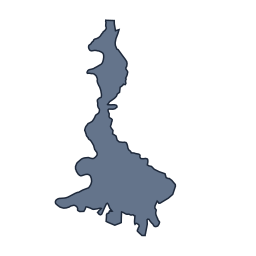 Kum Hamada, Al Buhayrah, Egypt, rotated 199°
{"feature_id": "37247803B37481118609375", "entity_name": "Kum Hamada", "entity_type": "district", "adm_level": 2, "iso_a3": "EGY", "parent_name": "Egypt", "parent_adm1": "Al Buhayrah", "projection": "albers", "projection_center": [30.747, 30.655], "detail": "fine", "context": "isolated", "style": "filled", "palette": "slate", "viewbox_px": 256, "rotation_deg": 199, "n_neighbors": 0, "source": "geoboundaries", "source_scale": "gbopen_adm2", "svg_char_len": 5852}
<svg xmlns="http://www.w3.org/2000/svg" viewBox="0 0 256 256"><g transform="rotate(199 128 128)"><path d="M97.7,99.4L98.1,102.0L98.4,103.1L99.0,104.4L99.6,105.0L101.3,105.0L103.6,103.9L105.8,103.3L106.5,103.6L107.0,104.1L107.5,104.9L107.7,106.0L108.2,106.5L109.3,106.8L112.7,106.3L114.2,106.3L116.9,105.6L117.5,106.4L118.3,106.9L120.2,107.6L121.5,108.9L122.8,111.2L124.1,112.9L125.1,113.6L126.9,113.4L128.0,112.8L131.8,112.0L134.3,113.0L136.7,116.5L140.7,117.5L141.4,120.8L143.2,122.0L144.5,123.0L145.0,123.7L145.2,124.0L145.1,126.1L145.5,128.8L145.3,129.4L145.5,130.1L145.7,130.8L146.8,131.4L148.1,131.5L149.3,132.2L149.7,132.7L150.4,135.4L151.9,136.9L152.6,138.1L152.7,139.0L152.2,139.7L148.3,140.9L146.6,142.0L145.2,144.3L145.9,145.4L146.6,145.7L147.9,145.6L148.7,145.5L150.1,145.0L150.6,144.8L151.4,144.4L154.5,143.5L155.7,143.5L154.8,143.7L154.0,146.9L152.5,148.8L150.4,151.8L149.3,154.2L149.2,156.7L147.6,159.0L148.7,164.0L147.7,165.3L146.7,167.1L146.6,167.9L144.8,168.1L144.5,169.4L145.7,171.7L145.7,173.7L146.5,174.4L146.2,176.1L146.1,178.2L146.3,179.2L146.4,180.5L146.8,181.3L149.2,183.1L149.7,184.6L149.3,185.6L149.5,187.0L149.9,188.7L150.8,190.3L153.2,192.2L156.6,194.5L162.9,198.9L164.3,199.0L165.8,200.8L166.8,201.9L167.9,204.4L168.5,208.5L168.3,214.3L168.4,215.9L168.5,218.1L171.5,215.9L174.8,221.9L176.0,225.1L183.5,222.8L184.1,222.7L183.9,222.0L183.7,221.2L183.0,220.4L182.9,219.2L182.6,218.3L182.4,217.6L182.3,217.1L181.9,216.8L181.0,215.4L181.1,214.2L181.6,212.6L182.1,211.8L182.6,211.2L182.8,210.8L182.8,209.8L183.1,209.4L183.4,208.6L183.6,207.9L183.8,207.3L183.9,206.6L184.1,205.9L184.5,205.1L184.8,204.6L185.5,203.5L186.0,203.2L186.3,202.8L186.8,202.3L188.3,201.3L189.0,200.4L189.1,199.9L189.1,199.3L189.1,198.9L189.2,198.7L189.6,198.1L190.1,197.2L190.3,196.6L190.3,196.0L190.7,195.2L191.2,194.4L191.7,193.8L191.9,193.0L191.7,191.8L191.2,190.8L190.2,189.7L189.5,189.2L188.9,189.0L188.0,189.0L187.5,189.1L184.9,190.5L184.2,190.7L183.0,191.0L182.2,191.0L181.0,191.3L180.3,191.3L178.5,191.2L177.3,191.0L176.2,190.6L175.6,190.1L174.8,189.0L174.0,187.0L173.9,186.3L173.6,184.9L173.4,182.7L173.5,181.3L173.7,180.6L174.0,179.7L177.7,175.4L178.9,174.2L179.6,173.3L180.1,172.8L182.0,171.5L183.7,170.5L184.3,169.8L184.7,169.0L184.8,168.1L184.9,167.6L184.8,167.1L184.5,166.7L184.4,166.6L184.0,166.5L183.2,166.9L182.3,167.2L180.0,167.6L179.6,167.8L178.9,168.0L177.9,168.0L177.3,167.9L176.1,167.4L175.3,167.1L174.7,166.5L174.3,166.1L173.6,165.3L173.1,164.7L172.7,163.8L172.6,162.8L172.0,161.6L170.9,160.2L169.4,158.6L168.5,157.9L166.9,156.0L166.3,155.1L165.8,154.4L165.4,153.7L164.9,152.7L164.3,151.7L163.8,150.5L163.6,149.8L163.4,148.8L163.4,148.3L163.7,147.9L164.2,147.6L164.7,147.1L165.1,146.6L165.6,145.7L166.0,144.7L166.1,144.4L165.4,142.7L165.1,142.5L164.6,141.3L164.3,140.2L164.0,139.4L163.3,138.3L162.7,137.6L161.3,136.6L161.1,136.3L160.8,135.6L160.6,134.7L160.5,133.7L160.5,133.2L160.8,132.3L161.3,131.5L162.1,130.5L162.6,129.8L162.8,129.1L162.9,127.5L163.1,126.0L163.3,125.1L163.8,123.2L164.2,122.4L164.8,121.7L165.8,120.5L167.1,119.3L167.3,118.9L167.6,117.8L168.2,116.1L168.4,115.0L168.4,113.9L168.3,112.3L168.1,111.5L167.5,111.0L166.9,110.3L166.5,109.6L165.6,108.6L165.2,107.8L164.7,107.2L164.1,106.7L163.6,106.4L162.6,105.9L162.3,105.6L162.1,105.1L161.4,104.7L160.6,104.4L159.6,104.2L158.3,103.3L157.3,102.5L154.7,100.2L153.9,98.9L152.9,97.5L152.5,96.8L151.9,96.5L150.7,95.5L150.0,95.2L149.7,95.0L149.5,94.7L149.2,94.3L148.9,93.8L148.6,93.2L148.5,92.0L148.7,91.4L149.4,89.7L150.6,88.0L151.4,87.6L153.0,87.3L154.3,87.2L155.8,87.2L157.4,86.5L159.3,85.6L160.4,84.9L161.6,83.8L162.2,83.0L164.7,78.7L164.9,77.7L165.0,77.2L165.0,75.8L165.1,74.6L164.9,74.0L164.2,72.1L163.6,71.6L162.7,70.3L160.1,68.2L158.4,67.5L157.2,67.4L156.3,67.8L153.3,70.1L152.3,70.6L151.4,71.0L150.7,71.1L149.8,71.1L148.4,70.7L147.6,70.0L146.2,68.3L145.0,65.7L144.9,64.9L144.8,63.9L144.8,62.8L144.8,62.2L145.0,61.4L145.3,60.0L145.8,58.6L150.6,54.6L153.8,51.1L154.9,50.6L156.8,48.9L161.7,43.7L162.5,42.9L164.1,41.7L165.6,40.9L170.1,39.0L171.2,38.2L172.4,36.7L172.7,35.4L172.6,34.4L172.4,34.0L172.0,33.3L171.6,32.9L169.0,31.8L168.3,31.7L167.1,31.2L166.2,31.1L163.6,31.2L162.7,31.3L160.4,32.3L159.8,32.7L159.1,33.3L158.1,33.9L157.0,35.3L156.6,35.7L154.3,37.2L153.5,37.4L152.6,37.4L151.9,37.3L151.4,37.0L150.6,36.7L150.2,36.5L149.6,35.7L149.3,35.4L149.1,34.6L149.1,34.2L148.6,33.7L147.3,33.4L146.4,33.3L142.6,34.8L142.1,37.5L142.1,39.6L141.2,40.0L138.4,40.0L137.4,40.0L135.2,39.7L134.0,39.9L130.7,41.6L128.8,42.8L127.5,43.3L127.0,43.2L127.9,41.3L128.5,40.3L128.9,39.0L129.3,38.3L128.7,37.9L127.4,37.1L127.1,37.0L125.9,36.9L125.1,37.6L124.9,37.9L124.8,38.3L124.7,39.1L124.6,40.7L124.3,44.5L123.8,49.1L123.1,50.1L122.8,49.9L122.2,49.7L121.3,48.8L119.1,46.2L115.9,44.2L117.1,43.6L118.0,44.0L118.5,43.3L118.6,41.1L119.9,40.4L120.1,38.8L119.5,37.2L118.3,32.6L116.3,32.3L108.8,31.8L107.1,33.3L104.9,35.1L103.6,36.4L105.2,41.3L106.7,46.5L105.1,46.6L103.9,46.3L101.8,46.0L100.9,46.1L99.1,46.8L98.7,46.8L97.9,46.7L97.3,46.6L96.7,46.7L95.1,47.6L93.6,47.2L93.4,47.0L92.8,47.1L91.8,43.1L91.3,41.4L90.5,39.6L90.1,39.7L89.9,39.4L89.5,40.3L88.9,40.6L88.5,40.6L86.5,40.1L86.0,39.7L85.4,38.6L85.7,37.2L85.8,36.0L85.6,35.3L85.9,34.7L85.7,33.7L85.1,33.3L84.2,32.9L82.6,32.1L81.5,31.7L79.9,30.9L76.8,31.9L77.1,33.0L77.1,33.9L77.3,35.1L77.7,38.2L78.5,43.5L80.1,47.4L79.7,48.2L78.4,48.5L77.1,47.4L74.9,46.0L73.3,45.3L71.7,43.9L70.8,43.6L69.6,43.8L69.3,44.0L68.0,45.0L67.7,46.2L67.4,47.4L67.5,49.3L69.0,50.4L70.2,51.3L70.4,51.9L70.7,52.1L70.9,52.4L71.3,52.7L72.0,53.5L73.2,54.9L74.0,56.3L74.2,56.8L74.6,59.7L76.4,60.9L76.6,61.2L77.1,63.2L76.6,68.3L76.1,68.0L75.1,67.6L74.3,66.9L73.2,67.4L67.0,74.8L64.1,79.8L64.2,88.4L64.9,90.0L69.5,92.7L72.5,93.7L73.6,93.3L75.8,93.5L78.1,96.8L84.2,96.8L89.7,97.5L93.3,99.3L95.8,99.0L97.7,99.4Z" fill="#64748b" stroke="#1e293b" stroke-width="1.5"/></g></svg>